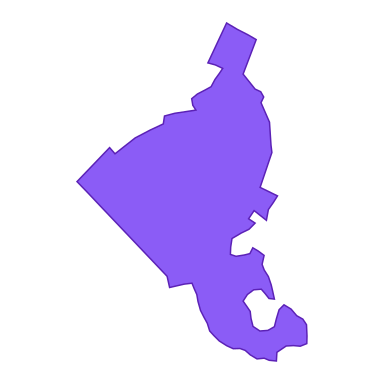 Barra Bonita, Santa Catarina, Brazil (Robinson projection)
{"feature_id": "56859067B80116174386319", "entity_name": "Barra Bonita", "entity_type": "district", "adm_level": 2, "iso_a3": "BRA", "parent_name": "Brazil", "parent_adm1": "Santa Catarina", "projection": "robinson", "projection_center": [-53.408, -26.665], "detail": "fine", "context": "isolated", "style": "filled", "palette": "violet", "viewbox_px": 384, "rotation_deg": 0, "n_neighbors": 0, "source": "geoboundaries", "source_scale": "gbopen_adm2", "svg_char_len": 1408}
<svg xmlns="http://www.w3.org/2000/svg" viewBox="0 0 384 384"><path d="M207.9,62.9L215.3,64.9L222.7,68.4L219.5,73.2L215.0,79.4L211.1,86.7L205.1,90.0L197.4,94.0L191.7,98.7L192.8,105.3L195.9,110.1L174.7,113.3L164.5,116.0L163.3,123.9L150.3,130.0L135.2,137.9L115.0,153.8L109.6,147.6L77.0,181.6L88.4,193.4L100.2,205.9L110.0,216.2L167.1,276.3L169.6,287.5L184.3,284.1L192.0,283.2L194.3,288.9L196.8,294.5L198.0,301.5L200.5,310.4L203.9,317.1L207.3,323.3L209.7,331.0L213.9,335.6L219.3,341.0L226.7,345.7L233.2,348.7L240.0,348.5L245.2,350.4L250.3,354.9L257.0,358.9L264.2,358.2L269.2,360.3L276.4,361.0L276.9,352.3L286.2,346.0L293.4,345.6L300.3,346.2L306.8,343.6L307.0,336.0L306.5,324.7L302.8,319.1L296.7,315.7L291.1,309.1L284.0,304.8L279.1,309.7L276.4,318.7L274.4,326.7L267.9,330.4L259.9,331.0L253.0,326.4L251.0,318.4L250.2,311.4L246.8,306.4L243.1,301.1L247.4,294.5L253.7,289.8L261.3,289.2L265.3,293.8L269.0,298.5L274.4,299.1L272.6,290.9L271.2,284.9L268.4,276.6L264.2,270.0L262.1,264.4L264.1,255.4L258.2,251.0L252.8,247.8L249.9,253.6L244.3,255.0L236.0,256.3L230.4,254.4L230.7,247.0L232.0,238.5L241.1,233.1L249.1,229.2L255.1,223.1L248.6,218.8L254.1,210.6L266.4,220.3L268.4,209.5L273.2,202.7L277.5,195.9L260.1,187.4L271.9,152.5L271.0,145.2L269.5,122.2L261.0,102.7L263.7,97.0L260.7,91.7L255.1,89.1L243.1,74.1L256.2,39.6L248.5,35.1L237.4,29.4L226.6,23.0L207.9,62.9Z" fill="#8b5cf6" stroke="#5b21b6" stroke-width="1.5"/></svg>